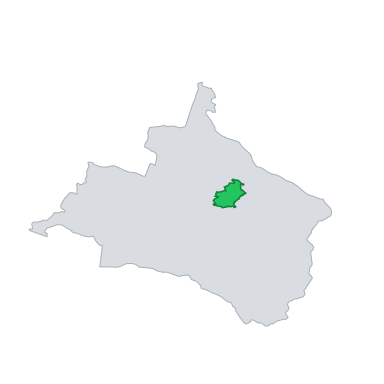 Monkoto, Équateur, Democratic Republic of the Congo shown in context, rotated 109°
{"feature_id": "63176286B4277783159614", "entity_name": "Monkoto", "entity_type": "district", "adm_level": 2, "iso_a3": "COD", "parent_name": "Democratic Republic of the Congo", "parent_adm1": "Équateur", "projection": "equal_earth", "projection_center": [20.843, -1.599], "detail": "fine", "context": "in_parent", "style": "filled", "palette": "green", "viewbox_px": 384, "rotation_deg": 109, "n_neighbors": 0, "source": "geoboundaries", "source_scale": "gbopen_adm2", "svg_char_len": 8101}
<svg xmlns="http://www.w3.org/2000/svg" viewBox="0 0 384 384"><g transform="rotate(109 192 192)"><path d="M292.8,254.8L272.0,259.2L272.4,260.8L272.2,262.4L271.6,263.7L269.5,267.2L266.3,270.3L266.3,271.1L267.9,274.6L268.8,279.5L268.5,288.0L268.9,290.3L268.8,292.1L267.7,294.1L265.5,304.3L266.9,309.2L270.9,313.8L273.3,317.3L277.3,318.5L278.0,318.3L278.3,315.5L281.5,314.4L281.3,332.5L281.0,333.6L280.4,333.8L279.6,333.2L279.4,331.5L278.6,330.7L274.6,333.0L273.6,332.9L272.6,332.5L271.8,331.6L271.6,330.2L268.9,324.9L267.5,324.6L266.0,319.8L259.9,316.3L257.5,316.0L256.3,315.0L255.1,311.2L253.0,308.8L252.6,306.1L252.2,305.7L250.9,306.3L249.8,310.5L248.4,311.5L245.9,311.6L239.5,310.4L235.0,308.2L233.8,308.3L232.0,306.4L231.3,303.1L231.7,300.6L231.4,300.2L224.4,302.3L222.7,303.6L221.2,303.3L220.7,302.6L221.4,300.9L221.1,299.0L220.6,298.1L218.5,297.4L217.9,295.4L216.6,295.1L216.2,295.4L215.9,296.8L215.1,297.2L211.0,296.6L206.7,298.3L200.9,297.9L198.2,300.0L197.8,299.9L197.2,298.9L196.7,295.4L196.9,294.5L197.8,293.8L198.1,292.4L197.8,288.8L198.1,288.0L197.8,285.9L196.9,282.6L195.7,279.9L193.1,275.9L192.6,274.0L192.8,269.5L193.7,262.3L193.6,257.0L192.5,253.5L192.3,249.8L193.0,243.1L192.3,241.5L179.1,240.9L178.6,240.4L178.3,239.5L178.9,235.5L170.9,236.5L168.5,237.3L167.0,238.9L166.5,241.0L166.5,243.9L165.3,246.6L164.9,251.3L162.7,251.9L160.5,251.9L156.2,250.9L152.0,252.2L150.0,253.5L148.9,252.9L145.2,253.3L144.7,253.0L140.4,243.7L138.5,240.6L138.1,239.1L138.3,237.7L137.7,235.8L135.7,231.0L135.4,228.8L135.4,225.3L135.2,224.1L133.4,221.1L132.2,220.1L130.9,219.6L109.4,220.0L102.3,219.4L97.1,219.8L94.4,219.6L93.7,219.2L91.3,219.8L90.1,221.0L88.2,221.7L87.1,221.4L84.8,218.0L87.9,217.4L88.1,217.0L88.3,208.8L87.5,207.6L89.1,206.2L91.7,202.5L94.2,201.2L94.6,200.5L95.1,200.5L96.1,202.1L98.3,204.0L101.0,202.3L101.3,201.8L101.6,198.2L102.3,197.9L103.5,198.7L104.2,198.7L105.4,197.7L108.9,195.9L109.9,198.2L108.9,200.2L109.4,201.7L109.5,203.9L110.0,204.5L112.8,204.7L113.6,204.2L119.1,196.0L120.5,195.1L122.8,191.8L125.9,190.4L127.2,187.8L128.9,183.2L129.7,176.7L129.4,165.3L129.7,163.7L133.3,158.6L137.1,149.3L139.7,146.9L141.6,145.9L144.6,142.5L147.0,139.0L146.6,134.9L147.2,131.5L148.5,127.2L148.9,122.6L148.5,117.7L148.7,113.8L150.4,107.4L150.6,100.2L152.1,94.1L155.3,86.4L156.8,80.6L156.5,74.9L156.9,70.8L156.8,68.3L156.2,66.2L156.5,64.8L157.7,64.3L159.2,62.1L161.8,56.6L164.7,53.9L166.7,53.0L168.8,53.1L170.1,53.6L172.3,55.8L174.8,57.5L176.7,59.7L178.6,63.1L183.0,63.8L184.9,65.0L186.1,65.5L186.5,65.2L187.5,65.4L189.6,66.4L191.2,65.8L199.5,68.0L200.5,66.9L202.8,61.1L204.5,59.1L207.3,58.9L209.5,60.0L210.7,60.0L220.8,55.0L222.2,54.8L225.8,56.0L228.2,55.2L229.2,55.4L231.3,54.6L233.0,51.1L234.4,50.2L249.0,54.0L251.2,52.1L252.2,51.9L255.5,53.3L256.5,55.4L258.4,57.3L259.8,60.3L262.0,62.0L263.1,63.6L264.4,64.8L267.0,65.2L270.4,62.4L272.8,62.7L275.2,64.2L276.0,64.1L277.8,62.5L278.7,60.8L279.7,60.4L281.1,61.2L282.2,62.8L283.3,65.1L286.9,70.3L290.5,72.6L291.4,75.8L292.6,75.5L293.3,75.8L294.2,77.8L294.8,78.2L295.0,79.0L294.1,80.9L293.3,84.6L294.4,86.8L293.5,90.1L293.0,93.5L294.2,94.3L295.6,94.3L297.0,96.0L298.1,96.3L299.2,98.2L298.9,99.7L295.4,105.2L290.2,111.9L288.5,112.7L287.5,114.0L286.9,116.0L285.4,117.6L284.2,118.3L284.1,123.1L282.4,128.2L281.7,129.2L280.7,137.4L280.9,138.8L279.9,145.5L280.1,151.8L277.5,153.7L275.8,156.8L275.0,158.9L275.0,164.0L272.2,167.1L272.0,167.8L272.7,171.4L273.7,172.0L273.7,173.2L276.1,177.0L275.9,188.8L276.0,190.0L277.2,192.8L278.0,198.2L277.1,205.0L280.2,217.4L278.7,222.0L279.4,226.4L281.3,231.0L285.7,235.5L286.9,237.3L288.0,239.8L289.0,243.7L292.8,254.8Z" fill="#d9dde1" stroke="#a8b0b8" stroke-width="1"/><path d="M175.5,140.8L175.4,140.9L175.3,141.2L175.3,141.4L175.3,141.6L175.1,142.2L175.0,142.4L174.8,142.7L174.7,143.0L174.4,143.5L174.5,143.6L174.4,143.7L174.4,143.9L174.4,144.1L174.1,144.4L174.1,144.7L174.0,144.8L173.8,145.1L173.8,145.6L173.9,145.9L174.1,146.1L174.0,146.3L173.9,146.4L173.6,146.5L173.3,146.9L173.2,146.9L172.8,147.1L172.3,147.3L172.1,147.3L171.7,147.4L171.5,147.5L171.2,147.5L170.9,147.9L170.7,148.0L170.6,148.3L169.6,148.3L169.2,148.5L168.9,148.4L168.7,148.2L168.7,147.8L168.7,147.5L168.7,147.3L168.6,146.6L168.6,146.4L168.8,146.0L168.8,145.8L168.7,145.7L168.4,145.5L167.9,145.5L167.9,146.1L167.9,146.4L167.8,146.5L167.8,147.1L167.9,147.5L167.9,147.9L167.9,148.3L167.9,148.5L167.6,148.7L167.3,149.1L167.2,149.3L166.8,149.8L166.7,150.2L166.0,152.1L165.9,152.3L165.9,152.5L166.0,152.8L166.2,153.2L166.4,154.1L166.6,154.6L166.6,154.8L166.5,155.0L166.5,155.6L166.6,155.8L166.8,156.0L166.8,156.3L166.9,156.7L166.8,156.8L166.8,157.2L166.8,157.4L166.7,157.6L167.0,157.9L167.1,158.0L167.8,158.0L167.9,157.9L168.0,157.8L168.2,157.7L168.3,157.4L168.3,156.9L168.4,156.4L168.4,156.2L168.5,156.2L168.7,155.9L168.8,155.9L169.0,155.2L169.2,154.7L169.3,154.7L169.4,154.8L169.7,155.0L170.0,155.5L170.3,155.7L170.5,155.9L170.6,156.6L171.1,158.8L171.2,159.2L171.3,159.4L171.5,159.5L171.9,159.5L173.6,159.8L173.9,159.8L174.0,159.8L174.1,160.1L174.3,160.2L174.4,160.4L174.8,160.7L174.9,160.9L175.0,161.0L175.0,161.3L175.1,161.5L175.3,161.6L175.5,161.7L175.8,161.8L175.9,162.0L176.2,162.3L176.3,162.3L176.6,162.6L176.7,162.9L176.9,162.7L177.1,162.5L177.6,162.4L177.8,162.2L178.0,162.1L178.3,161.6L178.8,161.4L179.3,161.2L179.5,161.0L179.5,160.6L179.7,160.4L179.8,160.7L180.0,161.0L180.3,161.5L180.6,162.3L180.8,162.6L181.1,163.0L181.4,163.5L181.6,163.7L181.8,164.0L182.0,164.1L182.3,164.3L182.5,164.8L182.7,165.2L182.7,165.4L183.0,166.0L183.1,166.3L183.4,166.7L183.7,166.9L183.8,167.2L183.7,168.5L184.0,168.6L184.3,168.5L184.5,168.7L184.9,168.6L185.0,168.6L185.3,168.8L185.5,168.8L185.8,168.8L186.3,168.7L186.5,168.7L186.9,168.4L187.0,168.3L187.5,168.4L187.9,168.2L188.3,168.4L188.3,168.5L188.5,168.6L188.2,167.8L188.1,166.2L188.1,165.7L188.2,165.8L188.4,165.9L188.7,166.0L188.8,166.2L189.0,166.3L189.3,166.5L189.6,166.7L189.8,166.7L189.8,166.8L190.0,167.1L190.2,167.4L190.4,167.4L190.7,167.6L190.8,167.6L190.9,167.8L191.2,168.2L191.4,168.3L191.8,168.4L192.0,168.5L192.3,168.7L192.7,169.0L193.0,169.1L193.8,168.3L194.2,167.6L194.7,167.0L195.3,165.8L195.4,165.7L195.5,165.6L195.8,165.6L195.8,166.5L196.2,167.1L196.3,167.6L196.5,167.9L196.9,167.6L197.0,167.5L197.2,167.4L197.3,167.2L197.2,166.9L197.1,166.4L197.1,166.2L197.0,165.2L196.9,165.1L196.9,164.8L196.9,164.6L197.0,164.3L196.8,164.0L196.9,163.7L196.8,162.9L196.8,162.7L196.6,162.2L196.6,161.7L196.4,161.0L196.4,160.6L196.5,160.5L196.5,160.1L196.3,159.6L196.3,159.2L196.5,158.9L196.7,158.7L196.8,158.5L196.9,158.4L197.0,158.2L196.8,157.9L196.5,157.6L196.4,157.2L196.4,156.9L195.9,156.2L195.7,156.0L195.6,155.9L195.5,155.5L195.3,155.1L194.5,153.8L194.1,153.5L193.9,153.6L193.9,153.2L193.6,151.7L193.5,151.3L193.4,150.9L193.3,150.5L193.1,150.3L192.7,149.8L192.3,149.4L192.1,149.1L192.3,148.2L192.5,147.8L192.7,147.4L192.8,147.3L192.6,147.1L192.8,146.9L192.6,146.5L192.5,146.4L192.2,146.2L191.9,145.8L191.7,145.8L191.6,146.1L191.6,146.8L191.1,147.2L190.2,148.2L189.9,148.5L189.7,148.4L189.3,148.7L188.8,148.8L188.7,148.8L188.4,148.8L188.2,148.9L188.2,148.7L188.0,148.4L187.7,148.4L187.4,148.3L187.5,148.2L187.4,148.2L187.2,147.9L187.0,148.0L187.0,147.9L186.8,147.8L186.6,147.8L186.4,147.7L186.2,147.6L186.0,147.4L185.9,147.4L185.7,147.4L185.4,147.1L185.2,147.1L185.0,146.8L184.9,146.8L184.9,146.7L184.5,146.7L184.3,146.6L184.2,146.5L184.2,146.4L183.9,146.2L183.7,146.1L183.6,145.8L183.4,145.7L183.3,145.4L183.1,145.5L182.9,145.7L182.6,145.7L182.4,145.6L182.3,145.3L182.2,145.1L181.9,145.1L181.8,145.3L181.6,145.4L181.4,145.3L181.2,145.3L181.0,145.2L180.9,145.2L180.7,145.1L180.4,144.7L180.2,144.6L179.9,144.5L179.7,144.6L179.6,144.4L179.4,144.2L179.5,144.1L179.4,144.0L179.4,143.9L179.2,143.9L178.8,143.6L178.7,143.4L178.6,143.1L178.4,143.1L178.5,142.9L178.2,142.8L178.1,142.7L177.9,142.8L177.7,142.8L177.7,142.7L177.8,142.5L177.7,142.5L177.7,142.4L177.2,142.3L176.8,142.4L176.6,142.2L176.5,141.8L176.5,141.7L176.4,141.6L176.4,141.4L176.3,141.2L176.2,141.3L176.0,141.5L175.9,141.5L175.9,141.4L175.7,141.1L175.7,140.9L175.5,140.8Z" fill="#22c55e" stroke="#15803d" stroke-width="1.5"/></g></svg>